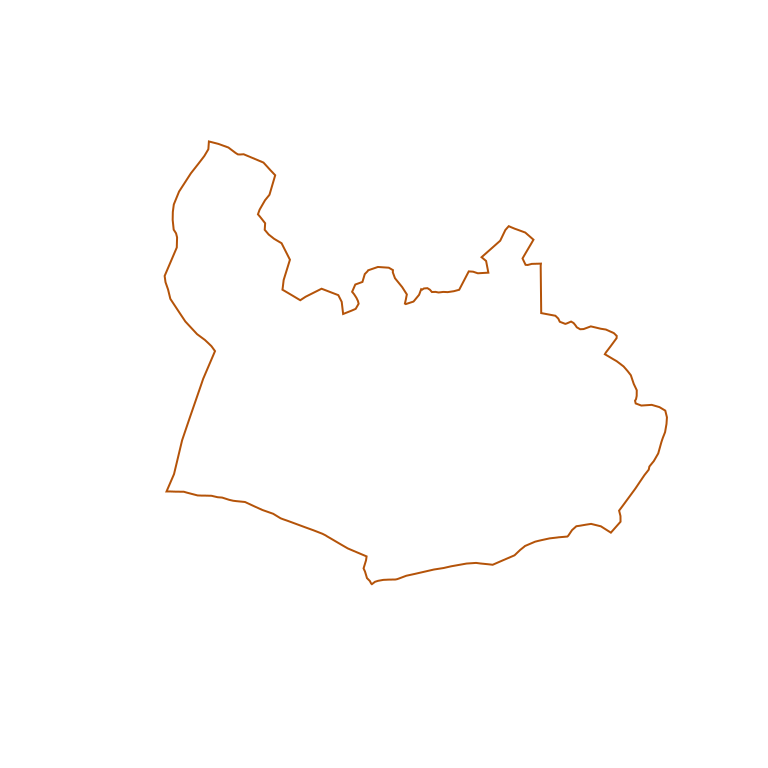 Minya Al-Nasr, Ad Daqahliyah, Egypt, rotated 210°
{"feature_id": "37247803B87041728070842", "entity_name": "Minya Al-Nasr", "entity_type": "district", "adm_level": 2, "iso_a3": "EGY", "parent_name": "Egypt", "parent_adm1": "Ad Daqahliyah", "projection": "albers", "projection_center": [31.703, 31.154], "detail": "fine", "context": "isolated", "style": "outline", "palette": "amber", "viewbox_px": 768, "rotation_deg": 210, "n_neighbors": 0, "source": "geoboundaries", "source_scale": "gbopen_adm2", "svg_char_len": 3526}
<svg xmlns="http://www.w3.org/2000/svg" viewBox="0 0 768 768"><g transform="rotate(210 384 384)"><path d="M656.9,506.5L653.5,499.5L653.6,491.6L654.9,481.7L656.6,469.9L657.7,448.2L655.8,434.4L652.9,427.4L649.1,420.5L643.3,412.5L641.7,411.7L639.4,410.5L636.5,407.5L631.7,398.6L628.0,367.9L624.1,362.9L618.3,357.9L611.6,350.9L597.6,343.9L587.3,338.8L570.8,333.7L561.1,332.6L552.4,330.5L546.8,328.0L543.2,298.1L541.7,290.5L535.3,257.4L530.7,234.3L520.8,201.0L518.6,182.2L515.1,184.2L510.4,186.7L503.5,190.6L500.6,191.3L489.7,194.3L485.9,196.3L484.4,197.2L477.4,201.0L475.3,201.6L471.4,202.8L467.4,204.7L460.1,206.3L456.2,207.5L453.6,208.6L448.5,210.9L445.4,212.3L434.3,213.3L426.3,214.1L415.1,216.2L406.4,216.0L403.9,216.4L399.2,217.3L398.1,217.5L380.6,220.5L372.2,222.0L362.5,223.5L358.9,223.7L357.1,223.6L353.5,223.6L340.4,223.5L339.0,223.5L333.1,223.5L331.5,223.7L326.5,224.3L319.2,225.2L312.9,226.0L312.4,224.8L311.4,222.3L309.5,214.1L307.7,212.8L306.8,212.2L303.6,209.2L301.7,207.4L297.7,206.3L296.8,205.7L295.4,204.8L294.4,204.6L292.9,208.2L290.7,210.6L288.8,212.2L286.7,214.0L281.7,217.2L276.5,220.3L275.1,221.5L273.9,222.9L268.8,229.1L262.3,235.0L248.0,248.3L240.3,254.5L238.7,256.0L234.8,259.6L234.1,260.2L222.7,269.8L214.8,275.1L210.7,276.8L203.4,280.1L199.5,281.8L198.6,283.0L196.1,286.4L194.4,288.7L192.4,291.4L185.3,300.9L183.1,308.4L181.3,313.0L180.9,314.2L174.3,323.0L171.5,325.7L168.9,328.1L163.4,333.1L157.2,337.7L156.2,338.5L151.6,341.7L148.9,343.6L148.6,344.6L148.5,345.6L148.1,351.5L146.3,357.0L143.5,359.2L138.7,363.2L134.7,366.4L125.0,369.2L113.2,368.7L110.3,383.0L113.2,387.9L117.1,391.9L116.4,397.6L114.1,418.4L114.0,419.5L113.4,428.4L112.9,435.3L111.9,442.2L112.9,445.2L112.3,449.1L111.8,452.1L111.8,461.0L114.6,471.9L115.1,474.2L115.6,476.8L116.5,482.8L119.4,490.7L122.3,496.6L127.1,501.6L133.9,501.7L141.7,499.8L144.7,497.8L150.4,494.0L156.3,493.0L158.2,495.0L158.2,497.0L159.2,500.0L162.0,505.0L167.8,509.0L174.6,515.0L179.5,517.0L185.3,519.0L194.0,520.1L197.9,520.1L203.7,520.2L207.6,520.2L207.6,522.2L206.6,530.1L205.5,540.0L206.5,542.0L210.4,543.0L219.1,542.1L224.0,540.2L229.1,538.7L233.7,537.3L238.6,531.4L241.5,529.5L245.4,529.5L247.4,530.5L250.3,531.6L253.2,531.6L256.1,527.7L257.1,526.7L262.9,525.8L265.8,527.8L269.7,528.8L282.5,524.3L283.3,524.0L307.4,564.7L308.3,566.7L316.1,561.9L319.1,558.9L321.0,558.0L326.8,562.0L326.8,565.0L326.8,568.9L326.7,579.6L326.7,583.7L337.4,585.8L346.6,584.2L348.1,583.9L354.9,583.0L355.9,578.1L355.0,566.2L362.9,542.6L357.1,541.6L349.3,532.6L358.1,526.8L363.0,525.8L366.9,523.9L366.0,503.2L369.9,499.3L374.8,495.4L378.7,493.4L381.6,491.2L382.6,490.5L385.5,489.5L388.5,487.6L391.4,488.6L394.3,488.7L397.2,486.7L398.2,484.7L399.2,484.7L398.2,478.8L399.5,471.0L399.7,470.1L405.1,464.1L406.1,464.1L407.5,468.6L408.0,470.0L409.0,473.0L416.7,477.0L427.4,481.1L432.2,485.1L433.2,487.1L435.8,487.1L438.0,487.1L447.8,482.3L454.6,474.5L454.6,473.5L455.6,469.6L453.7,461.6L458.6,455.8L457.7,447.9L454.8,446.8L450.9,444.8L448.0,442.8L446.1,440.8L446.1,439.0L446.1,434.9L449.0,431.0L450.2,429.5L454.4,424.2L461.7,434.0L468.0,438.1L485.7,435.3L495.5,420.4L498.4,414.7L500.6,414.7L506.4,414.8L516.1,414.9L519.1,414.9L519.9,416.9L522.9,423.9L527.6,444.6L543.1,454.7L551.8,454.8L558.6,455.8L564.4,457.9L567.3,463.8L575.1,466.9L578.0,467.9L578.9,472.8L578.9,477.8L578.9,483.7L577.8,490.6L582.6,510.4L589.4,512.4L595.6,514.4L599.1,515.5L620.4,512.8L623.4,510.8L625.3,509.8L628.2,509.9L637.0,511.0L647.6,509.1L656.9,506.5Z" fill="none" stroke="#b45309" stroke-width="2"/></g></svg>